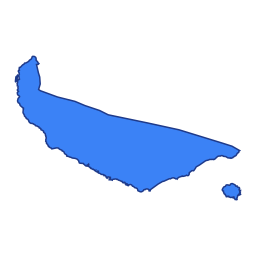 the district of Buru Selatan, Maluku, Indonesia
{"feature_id": "22746128B90083339512512", "entity_name": "Buru Selatan", "entity_type": "district", "adm_level": 2, "iso_a3": "IDN", "parent_name": "Indonesia", "parent_adm1": "Maluku", "projection": "orthographic", "projection_center": [126.898, -3.508], "detail": "fine", "context": "isolated", "style": "filled", "palette": "blue", "viewbox_px": 256, "rotation_deg": 0, "n_neighbors": 0, "source": "geoboundaries", "source_scale": "gbopen_adm2", "svg_char_len": 5714}
<svg xmlns="http://www.w3.org/2000/svg" viewBox="0 0 256 256"><path d="M38.9,63.6L37.9,62.6L37.5,61.6L36.2,60.5L36.1,58.7L35.9,57.8L35.6,57.3L34.5,56.5L32.9,56.3L32.5,56.5L32.2,56.7L31.9,57.8L31.0,59.3L29.6,60.1L29.2,60.5L29.1,60.9L27.9,61.9L25.8,63.0L24.6,63.1L23.8,64.3L22.6,64.9L20.3,67.4L19.4,67.4L19.3,67.7L19.1,69.4L19.4,70.2L18.5,70.6L18.3,71.2L19.2,73.1L19.1,73.5L19.3,74.1L19.0,74.4L19.0,74.8L18.8,75.4L18.8,76.3L19.1,77.0L19.0,78.3L19.5,79.1L19.3,79.4L18.1,80.0L17.6,80.5L17.7,81.2L17.5,81.4L17.6,82.8L17.2,83.3L17.1,83.7L17.3,84.2L17.3,85.7L17.6,85.7L18.0,86.3L18.1,86.8L17.9,87.8L18.1,88.8L17.7,89.6L17.3,90.0L17.9,90.9L18.2,91.0L18.5,91.3L17.3,92.6L17.4,93.8L17.7,94.8L19.4,96.1L19.6,96.7L19.2,97.3L18.1,98.4L17.5,101.0L17.7,101.3L18.0,102.4L18.3,102.8L19.5,103.4L20.2,105.5L22.7,107.7L23.5,108.1L23.5,108.4L23.2,108.8L23.2,109.2L23.4,109.3L23.4,109.7L23.2,110.2L23.0,112.3L23.2,113.1L24.4,115.1L24.4,115.9L26.1,117.7L26.1,118.2L26.6,118.7L27.9,119.3L28.1,119.6L28.5,120.4L28.7,120.6L28.7,121.0L29.5,122.5L31.0,123.4L32.3,123.4L33.0,123.8L33.4,123.8L33.7,124.2L35.1,124.9L35.5,125.7L37.1,126.0L37.4,126.4L38.8,126.8L39.1,127.7L39.3,128.0L39.5,127.9L40.3,128.2L40.7,128.5L40.9,128.9L40.9,129.7L42.9,130.6L43.6,131.2L43.6,131.4L43.5,131.8L43.8,132.2L43.8,132.5L44.9,133.3L45.3,133.9L45.4,135.1L45.9,136.1L45.8,136.7L46.2,137.3L46.2,138.3L45.8,139.5L45.9,140.0L45.7,141.3L46.5,142.2L46.4,143.1L46.8,143.8L47.5,144.3L47.7,144.9L48.9,146.5L48.7,146.6L49.3,147.1L50.6,147.9L51.1,148.0L51.8,148.9L56.4,147.9L58.1,148.0L58.7,148.3L58.8,148.6L59.9,149.4L61.8,150.2L62.3,150.7L62.2,150.9L63.4,151.5L64.1,152.1L64.3,153.0L64.8,153.8L66.1,154.5L66.8,155.4L66.7,156.0L66.9,156.2L68.3,156.4L70.1,157.2L70.7,157.2L72.2,158.0L75.2,158.4L76.9,159.0L78.5,160.5L79.3,162.9L80.0,163.2L83.4,163.5L83.7,164.1L84.7,164.8L84.9,165.2L85.8,165.9L87.0,166.1L87.2,165.8L87.2,165.1L87.5,165.1L88.4,164.3L88.4,164.7L88.8,164.9L88.7,165.1L88.4,165.3L88.0,165.2L87.5,165.6L87.7,166.1L88.4,166.3L89.8,167.3L89.9,167.5L90.4,167.5L91.0,168.1L90.8,168.4L91.0,168.6L91.6,168.7L93.1,169.5L93.3,169.3L93.6,169.6L94.2,169.8L94.6,170.4L94.9,170.4L95.0,170.6L95.7,170.3L95.6,170.9L95.9,171.4L97.4,172.1L97.8,171.1L98.4,171.2L98.3,172.7L98.4,173.0L99.4,173.2L100.5,173.7L101.2,174.4L102.2,174.4L103.2,174.7L103.6,174.6L104.0,175.1L103.9,175.4L104.1,175.7L104.7,175.3L105.2,175.5L105.9,176.3L106.1,176.9L106.4,177.1L106.8,177.0L106.9,177.6L106.6,177.8L106.8,178.0L107.1,178.2L107.3,177.8L107.5,177.8L107.4,177.5L107.5,177.4L108.6,176.9L108.9,176.9L109.8,177.6L110.4,177.4L110.5,178.1L110.3,178.2L110.5,178.7L110.4,178.9L110.0,178.9L109.2,179.1L109.2,179.4L109.2,179.5L109.2,179.8L110.4,179.7L110.8,179.9L111.7,179.9L112.2,180.1L112.2,179.8L113.0,179.3L115.5,179.0L116.1,179.0L117.0,179.5L117.5,179.3L118.4,180.1L120.0,180.6L121.3,181.3L122.0,181.3L122.6,182.5L123.0,182.5L123.3,182.8L124.1,182.2L124.4,182.3L124.5,182.6L124.8,182.5L124.9,182.8L125.4,183.1L125.5,183.6L125.3,183.9L125.7,184.3L126.3,184.5L126.8,183.7L127.1,183.8L127.4,184.3L127.9,184.7L127.1,185.1L127.5,185.2L128.1,185.7L128.5,185.6L128.9,184.9L129.1,184.7L130.6,184.5L131.6,184.9L132.5,186.2L133.5,186.4L134.5,187.5L135.1,187.8L136.2,188.0L137.1,188.5L137.6,189.4L137.9,190.7L140.3,191.8L141.6,191.8L143.5,190.6L143.7,189.9L144.6,189.5L145.2,189.6L145.4,189.3L146.5,188.9L147.7,189.0L148.5,189.4L149.0,189.7L149.0,190.8L150.0,191.0L150.2,190.6L149.8,190.4L150.5,189.6L158.2,184.0L162.7,181.4L163.7,181.3L169.2,178.8L169.8,178.7L170.2,178.9L172.3,177.9L173.9,177.8L174.4,178.2L175.3,178.5L175.8,178.9L176.9,178.8L177.2,179.0L177.3,178.5L179.2,177.1L182.0,176.3L182.2,176.0L182.9,176.4L185.2,175.9L186.6,175.2L187.2,175.6L188.1,175.6L188.6,175.3L189.3,173.9L189.1,173.0L189.8,172.3L191.8,170.7L192.2,170.6L193.4,170.8L193.8,170.6L195.5,168.2L195.8,167.4L196.5,166.7L199.5,165.0L205.7,160.7L208.5,160.0L209.5,159.5L212.9,159.4L213.8,159.6L214.1,159.2L214.7,159.2L217.7,156.4L219.0,156.0L220.2,156.1L221.2,155.6L222.8,155.7L223.3,156.3L225.9,156.6L227.7,157.8L230.0,158.1L230.4,157.9L230.9,158.3L231.4,158.2L232.2,157.7L232.7,157.8L233.3,157.0L233.8,156.9L234.5,156.2L235.5,155.9L236.1,155.4L237.5,153.0L238.2,152.8L238.7,152.4L238.9,151.2L239.7,150.6L232.0,146.2L222.9,143.3L179.0,129.8L147.3,122.9L108.2,114.8L99.6,110.5L85.0,105.6L75.0,101.4L57.5,97.0L40.3,90.7L38.6,89.5L40.2,84.0L39.7,77.0L38.4,72.8L36.5,64.5L38.1,64.4L38.9,63.6ZM235.1,184.9L232.5,183.6L231.9,183.6L231.2,183.7L230.4,184.2L230.1,185.0L229.5,185.3L229.0,185.3L228.1,184.9L226.7,184.9L226.2,185.0L225.4,186.3L223.9,186.9L223.3,187.6L222.3,189.4L222.3,190.2L222.5,190.4L222.8,190.5L223.0,191.1L223.5,191.2L223.4,191.8L223.9,192.8L224.0,193.5L224.4,194.0L225.2,194.3L225.2,194.8L225.6,195.1L226.3,196.7L226.9,196.7L227.3,196.3L227.8,196.6L228.2,196.6L228.2,196.3L228.4,196.2L228.7,196.3L228.6,196.5L228.7,196.8L229.1,197.0L229.7,197.1L230.6,197.5L231.9,197.3L232.7,197.7L232.9,197.6L233.4,197.7L232.8,197.3L233.2,197.0L233.5,197.0L234.0,197.1L234.0,198.2L234.9,198.9L235.1,199.5L236.8,199.7L237.1,199.4L237.1,199.0L236.8,198.6L237.0,197.9L237.7,196.2L237.6,195.5L237.9,195.2L238.5,195.2L238.5,194.8L238.7,194.5L239.6,194.7L239.8,194.9L240.6,194.3L240.4,193.9L239.7,193.7L239.4,193.3L239.9,192.4L240.3,192.4L240.4,192.1L239.8,191.9L239.7,191.7L239.7,191.3L240.4,190.4L239.7,190.3L239.5,189.8L239.1,189.8L239.1,189.3L239.6,188.5L239.5,188.0L239.2,187.6L238.8,187.3L238.0,187.3L237.5,187.0L237.1,186.5L237.1,186.1L236.6,186.2L235.9,185.8L235.6,185.9L235.5,185.4L235.1,184.9ZM15.7,81.8L16.6,80.7L16.6,80.4L17.3,79.9L17.4,79.4L17.2,79.2L17.0,78.2L17.3,78.0L17.3,76.7L17.7,76.3L17.6,75.7L17.4,75.3L16.5,76.6L16.2,76.6L15.9,77.0L15.4,81.3L15.5,81.7L15.7,81.8Z" fill="#3b82f6" stroke="#1e3a8a" stroke-width="1.5"/></svg>